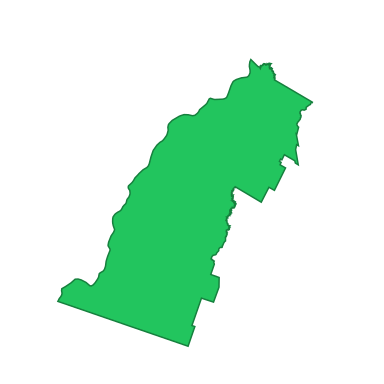 General Obligado, Santa Fe, Argentina (Equal Earth projection), rotated 199°
{"feature_id": "61730980B672443386534", "entity_name": "General Obligado", "entity_type": "district", "adm_level": 2, "iso_a3": "ARG", "parent_name": "Argentina", "parent_adm1": "Santa Fe", "projection": "equal_earth", "projection_center": [-59.736, -28.744], "detail": "fine", "context": "isolated", "style": "filled", "palette": "green", "viewbox_px": 384, "rotation_deg": 199, "n_neighbors": 0, "source": "geoboundaries", "source_scale": "gbopen_adm2", "svg_char_len": 6091}
<svg xmlns="http://www.w3.org/2000/svg" viewBox="0 0 384 384"><g transform="rotate(199 192 192)"><path d="M145.5,44.9L145.5,65.7L148.6,65.7L148.5,94.7L135.8,94.9L135.5,110.8L138.5,120.0L147.4,120.1L147.4,131.0L148.7,132.9L148.5,133.9L149.8,134.2L150.0,134.4L150.4,134.5L150.7,134.2L151.5,135.0L152.0,134.8L152.3,135.3L152.1,136.4L152.2,137.4L151.6,138.5L151.6,138.9L149.2,140.4L148.8,141.4L148.8,142.6L147.6,145.2L148.1,146.6L147.9,147.7L147.2,148.8L145.7,149.3L145.5,149.6L145.6,150.7L145.8,150.9L145.5,151.5L145.6,152.4L145.4,153.0L145.4,154.4L144.8,156.1L144.4,156.6L145.1,158.8L145.7,160.0L145.5,160.6L145.3,160.6L145.1,160.9L145.5,161.2L145.1,162.4L145.0,163.1L145.6,163.6L145.3,164.0L145.6,164.2L145.7,164.7L145.9,164.9L145.7,165.3L146.4,165.4L146.3,165.8L146.8,166.1L146.5,166.7L147.0,167.1L146.0,168.2L145.2,168.0L145.0,168.5L144.8,168.4L144.6,168.7L144.9,169.0L144.7,169.6L144.8,169.8L145.1,169.3L145.3,169.4L145.2,169.9L145.4,170.2L145.1,170.5L145.3,170.5L145.3,170.9L145.6,170.6L145.7,170.9L145.2,171.9L146.1,171.8L146.2,172.0L145.9,172.3L146.8,172.2L147.7,172.5L147.5,173.4L147.9,173.6L148.2,174.0L148.7,174.0L148.9,174.2L149.3,175.4L149.7,175.7L149.6,176.2L150.0,176.4L150.6,176.2L150.6,176.7L150.3,176.8L150.3,177.6L149.7,177.4L150.7,178.1L150.5,178.7L149.9,179.1L151.2,179.6L150.7,180.0L150.5,179.7L149.9,180.5L150.2,181.3L149.9,181.4L149.9,181.8L149.2,181.9L149.0,182.2L148.7,182.1L148.8,182.6L149.3,182.6L149.4,183.1L148.8,182.7L148.2,183.2L148.5,183.8L149.2,183.7L149.3,183.9L148.9,184.2L148.2,183.9L148.2,184.4L148.6,185.0L147.9,185.3L148.2,185.6L148.8,185.2L148.8,185.8L149.3,185.4L149.3,185.6L149.0,186.2L149.2,186.7L149.5,186.3L149.5,185.7L149.8,185.8L149.9,186.0L149.9,186.3L149.4,187.0L149.9,187.2L150.2,186.8L150.3,187.1L150.0,187.6L149.3,187.7L149.3,188.4L149.0,188.3L149.3,188.9L149.8,188.8L149.6,189.4L148.8,189.9L148.8,190.2L148.1,190.1L148.0,190.3L148.3,190.6L147.1,190.6L147.0,191.0L147.1,191.4L146.8,191.8L147.1,192.0L147.4,192.4L147.0,193.1L146.7,193.0L146.7,193.4L147.4,193.6L147.0,194.2L147.5,194.5L147.2,194.7L146.6,194.6L146.5,195.1L146.7,195.4L147.6,195.0L147.8,195.4L148.3,195.4L148.3,195.9L147.8,196.4L147.8,196.8L148.5,196.9L148.5,196.3L149.2,196.8L149.2,196.6L148.9,196.2L149.1,196.0L149.2,196.3L150.1,196.3L150.0,196.6L150.1,196.8L150.8,196.8L150.3,197.1L150.2,197.4L151.1,197.2L151.0,197.8L151.5,197.9L151.3,198.6L151.9,198.7L151.6,199.4L151.9,199.5L151.7,200.1L151.4,200.1L151.6,200.5L151.4,200.9L151.7,201.3L152.3,201.1L152.2,201.5L152.5,201.4L152.3,201.9L152.9,201.5L152.8,202.1L153.1,201.9L153.5,202.2L153.5,201.7L153.9,202.0L153.6,203.1L154.0,203.4L153.7,203.7L154.2,204.2L154.0,204.9L154.3,204.9L154.1,205.3L153.6,205.5L153.6,206.1L154.6,205.9L154.7,206.1L154.1,207.2L153.3,207.4L153.3,207.8L153.6,208.1L153.4,208.8L153.7,208.4L154.0,208.5L153.2,210.4L152.7,210.3L152.7,211.0L123.2,204.9L120.8,221.5L114.6,220.4L111.4,245.2L117.6,246.4L117.4,249.0L119.3,249.4L119.0,252.0L117.5,251.7L116.8,257.3L105.0,255.0L103.7,253.0L100.4,252.3L107.8,265.8L108.5,270.8L106.4,270.4L112.3,280.8L111.7,280.6L112.3,288.0L113.0,288.2L114.6,289.6L115.1,290.8L114.9,291.0L114.7,292.5L114.5,293.0L114.1,293.8L113.9,295.0L113.5,295.5L113.4,296.7L113.7,297.6L113.4,298.0L113.7,299.7L114.3,299.9L114.5,300.6L115.0,301.3L115.4,301.3L115.4,301.9L116.0,302.6L115.8,302.9L115.5,304.7L114.2,305.8L112.6,305.9L111.1,307.3L111.6,309.3L109.5,312.4L108.5,313.3L108.7,314.5L108.0,315.5L107.4,315.6L107.4,316.1L150.3,324.8L150.2,325.1L150.6,325.6L150.5,326.3L150.7,326.5L151.0,326.2L151.2,326.5L150.9,327.2L151.4,328.2L151.6,328.4L151.8,328.1L151.8,328.8L152.2,328.8L152.0,329.2L151.6,329.1L151.5,329.5L152.0,330.0L151.8,330.2L152.2,330.3L152.6,330.0L152.8,330.5L153.1,330.4L153.9,330.8L153.8,331.6L154.4,332.0L154.3,332.4L154.4,332.6L155.3,332.2L156.0,332.7L155.9,333.0L155.5,332.9L156.4,333.8L156.3,334.5L156.7,334.4L156.7,334.7L157.4,334.4L157.5,334.9L157.8,334.6L157.9,334.8L158.2,334.4L158.1,334.7L158.3,334.7L158.1,333.9L158.8,333.8L159.0,334.6L159.3,334.9L159.0,335.1L159.1,335.7L159.4,336.0L159.6,335.6L159.7,335.8L159.2,336.6L159.5,337.8L159.3,338.0L159.3,338.7L159.0,339.1L159.5,339.1L159.7,338.7L160.1,338.5L160.5,338.8L161.0,338.9L161.1,338.4L160.7,338.0L160.9,337.9L160.9,337.2L161.3,337.3L161.2,337.8L161.8,337.9L161.8,337.6L162.2,337.5L162.2,337.2L162.5,336.9L162.9,337.3L163.0,336.5L163.4,336.5L163.6,336.1L164.1,336.3L164.3,336.8L164.7,336.5L165.2,336.9L165.8,336.6L166.0,335.9L166.2,336.2L166.5,335.7L166.7,334.9L166.6,334.5L166.9,334.2L167.9,334.1L167.8,333.7L168.1,333.8L168.4,333.6L168.0,332.8L168.1,332.3L167.7,332.4L167.6,332.2L167.6,331.0L168.6,332.0L169.7,332.2L170.3,332.0L179.5,336.4L179.7,333.6L179.4,332.8L179.3,331.7L178.6,329.3L176.7,326.0L175.9,323.6L176.1,320.8L176.7,319.3L177.6,318.4L182.5,316.0L186.7,312.8L188.6,310.6L189.1,309.6L189.7,305.4L189.7,297.7L189.9,293.7L190.2,292.4L191.4,291.0L192.9,289.9L200.0,287.1L201.3,286.7L205.1,286.6L206.0,285.7L206.8,280.5L207.7,278.7L211.6,272.3L211.8,270.2L212.5,268.2L214.2,265.5L216.3,264.3L220.7,263.8L224.7,262.6L227.4,260.6L228.7,259.5L234.0,253.3L235.9,249.2L236.2,247.9L235.9,245.4L234.6,242.6L234.3,238.5L234.5,236.8L235.7,232.9L236.6,230.7L238.4,228.6L240.4,224.9L242.2,218.7L242.2,211.9L241.6,204.8L241.8,202.4L242.6,200.5L245.5,197.1L248.1,192.2L248.5,191.1L250.5,186.8L251.0,183.8L251.7,181.5L254.0,177.2L254.0,176.3L253.6,175.1L252.2,173.8L251.4,173.4L250.1,170.6L249.9,169.2L250.0,166.8L250.9,164.1L251.0,163.1L250.7,160.5L250.9,159.2L251.8,157.6L252.6,155.5L252.8,153.6L253.2,151.8L254.2,150.2L255.6,148.8L257.2,146.6L257.7,145.6L258.5,142.8L258.3,141.0L257.5,138.4L256.8,136.7L255.4,134.4L253.0,131.4L252.9,130.0L253.1,128.2L254.2,124.1L254.5,117.4L254.1,114.7L253.8,113.8L251.0,111.4L250.5,110.2L250.8,103.6L250.7,100.1L250.6,98.5L249.6,93.6L249.6,90.5L249.9,89.2L250.3,88.2L252.5,85.7L253.1,84.5L252.6,81.0L252.9,79.0L254.0,74.8L255.2,72.0L256.6,70.4L258.0,70.1L262.8,72.0L268.2,72.8L271.4,72.6L274.1,71.5L276.8,66.7L280.8,61.4L283.6,58.2L283.2,56.2L281.9,54.0L281.7,52.0L282.1,50.0L282.8,48.1L283.2,44.9L145.5,44.9Z" fill="#22c55e" stroke="#15803d" stroke-width="1.5"/></g></svg>